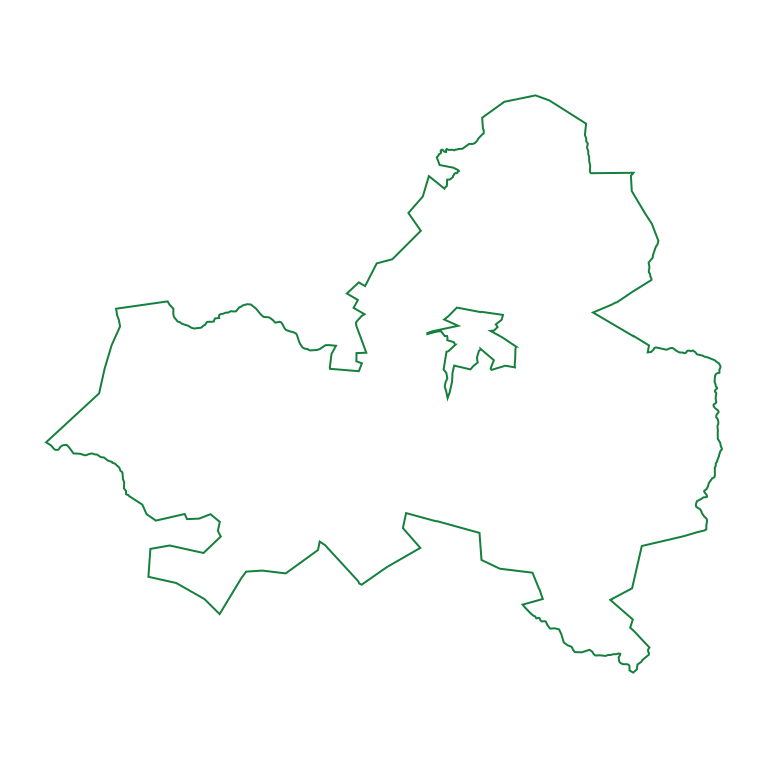 Marondera, Mashonaland East, Zimbabwe (orthographic projection)
{"feature_id": "62879985B19621940565976", "entity_name": "Marondera", "entity_type": "district", "adm_level": 2, "iso_a3": "ZWE", "parent_name": "Zimbabwe", "parent_adm1": "Mashonaland East", "projection": "orthographic", "projection_center": [31.543, -18.251], "detail": "fine", "context": "isolated", "style": "outline", "palette": "green", "viewbox_px": 768, "rotation_deg": 0, "n_neighbors": 0, "source": "geoboundaries", "source_scale": "gbopen_adm2", "svg_char_len": 6107}
<svg xmlns="http://www.w3.org/2000/svg" viewBox="0 0 768 768"><path d="M219.6,614.1L241.3,578.2L246.2,571.6L262.5,570.6L285.7,573.4L318.0,550.0L319.7,541.6L325.0,545.1L358.3,581.3L359.2,583.5L361.6,584.7L387.0,567.0L420.3,547.9L402.9,528.1L406.1,513.1L436.2,521.3L436.8,521.1L479.5,532.9L481.5,560.0L499.8,568.7L532.5,572.7L539.0,588.8L539.4,589.1L542.8,599.0L522.6,604.6L524.7,607.2L530.2,612.9L533.3,615.6L535.2,616.5L536.3,618.4L538.6,617.9L539.5,618.1L540.7,620.7L541.5,621.4L544.7,621.2L545.9,621.7L547.2,624.7L549.8,628.3L550.5,628.6L554.7,628.3L559.1,629.4L561.3,634.2L563.8,642.5L567.8,645.4L571.2,646.6L572.3,647.9L573.0,649.9L574.9,652.1L581.8,652.3L589.5,649.8L592.1,651.5L593.7,654.1L595.0,655.3L596.1,655.5L599.9,655.3L605.4,655.9L608.2,655.0L610.3,655.0L613.5,654.2L616.1,654.2L618.6,653.5L620.2,653.8L620.2,654.7L618.6,657.6L619.3,661.7L620.6,663.1L623.0,664.2L627.1,664.2L628.5,664.7L629.5,666.1L629.5,670.4L633.2,672.6L636.9,669.3L637.5,664.5L641.4,661.8L642.2,660.2L648.8,654.7L649.0,653.1L648.2,651.7L648.0,649.8L649.4,647.5L634.3,631.4L630.2,627.7L632.8,619.5L610.5,600.1L611.2,599.7L610.9,599.5L632.1,588.3L641.8,546.0L683.3,536.3L697.9,532.0L704.4,530.5L706.3,529.4L706.3,525.5L707.0,521.4L706.8,519.3L705.9,518.0L704.3,516.6L701.9,513.1L701.2,511.0L700.2,509.3L696.2,506.8L695.8,504.8L696.9,501.2L701.2,499.0L703.6,497.3L706.3,497.2L707.0,496.7L706.7,495.0L704.3,492.0L704.2,490.8L706.5,489.2L708.0,486.4L708.7,483.3L711.0,480.0L712.3,478.3L714.4,477.2L714.9,475.4L714.8,467.8L715.7,465.8L715.8,463.3L717.2,461.5L717.3,460.2L718.9,456.4L719.2,454.6L720.5,450.9L721.9,449.3L721.8,448.3L720.8,446.2L720.2,442.7L717.8,438.8L717.7,432.8L717.9,430.5L717.4,426.3L718.3,423.8L718.3,421.6L717.7,419.0L716.3,417.5L716.3,415.6L716.8,414.4L718.6,412.3L718.6,411.8L718.1,410.5L715.1,408.2L713.8,406.5L713.5,405.2L713.8,404.3L715.6,403.2L716.3,402.4L715.6,398.1L716.3,393.5L716.0,392.6L715.0,391.8L714.9,391.0L715.7,389.5L717.1,388.4L716.9,387.5L715.8,386.3L715.6,384.5L714.6,382.0L714.8,377.7L715.2,375.4L716.0,374.0L717.3,373.2L719.4,372.8L719.4,369.6L720.2,368.1L720.5,366.4L719.0,363.4L716.1,361.5L714.9,360.3L708.0,357.5L704.3,356.6L702.6,355.6L697.5,354.5L696.7,354.1L695.5,352.3L692.9,350.5L690.7,351.2L689.3,350.6L687.9,350.7L686.8,351.3L686.4,352.3L685.4,353.0L684.1,353.2L683.0,352.6L679.4,352.4L676.5,350.9L673.4,348.5L672.1,347.9L669.5,348.4L667.6,349.4L666.2,349.7L657.5,347.7L655.2,347.5L654.5,348.0L653.5,349.7L651.0,352.0L647.7,352.4L649.0,345.4L633.6,336.0L633.5,336.3L593.0,312.5L611.6,304.7L615.3,302.7L616.9,302.3L632.6,291.7L651.4,280.0L651.5,279.1L650.3,276.2L650.2,275.1L649.7,273.3L648.9,272.4L648.8,270.1L649.3,268.7L649.4,266.9L648.6,262.6L652.7,257.6L653.0,255.1L655.2,248.5L656.2,246.1L657.3,244.9L658.4,240.9L651.9,223.9L644.8,213.0L631.8,191.1L630.9,175.8L633.4,172.8L590.9,173.2L590.2,172.3L589.9,171.3L590.2,165.8L589.2,161.2L589.1,156.7L588.2,154.0L588.3,151.5L587.0,147.6L587.8,143.6L586.2,141.2L586.2,138.3L584.9,135.0L586.1,123.7L549.5,100.5L535.5,95.4L504.3,101.8L482.2,117.7L482.9,128.4L483.7,130.0L483.7,133.5L482.7,134.0L478.6,138.2L476.7,141.3L474.6,143.3L472.4,144.0L469.2,143.9L462.3,148.8L458.3,149.0L457.1,149.5L455.9,149.5L454.4,150.3L452.7,149.8L448.5,149.9L446.8,149.0L446.1,149.6L446.1,151.9L444.1,151.6L442.5,149.7L441.8,149.7L440.7,150.5L440.7,151.2L441.1,152.1L440.8,153.2L438.6,154.6L438.5,155.6L436.8,157.3L439.6,165.0L453.4,167.7L458.5,170.3L458.9,171.1L457.8,171.5L457.5,172.7L456.8,173.1L455.4,173.1L454.5,173.7L453.0,176.2L453.0,176.9L450.5,179.1L449.7,179.5L447.1,179.7L446.9,185.5L446.7,186.1L444.5,188.1L444.4,188.6L428.9,176.1L422.8,196.5L408.4,213.0L420.8,230.8L392.4,259.2L376.7,263.4L365.1,286.1L358.8,282.4L346.9,293.5L357.9,300.0L353.6,307.9L364.5,314.2L361.6,316.0L356.6,321.5L356.0,323.0L356.2,325.4L366.3,352.7L356.5,353.1L356.4,361.3L361.9,363.3L358.8,371.2L330.0,368.8L329.8,367.6L331.5,354.0L336.0,345.8L329.3,345.1L325.5,345.2L320.2,348.8L317.1,350.0L310.1,350.4L309.0,350.1L307.7,349.1L304.6,348.6L302.4,347.3L300.1,343.9L298.8,340.8L297.1,335.4L296.1,333.6L293.4,332.2L289.6,331.3L285.9,329.9L284.1,327.6L282.8,324.6L281.1,322.3L279.3,321.8L275.3,322.7L272.9,320.1L269.7,317.7L268.5,317.3L263.6,316.9L260.8,314.5L256.1,308.7L250.9,304.5L247.2,304.2L242.5,305.5L241.4,306.6L239.4,307.2L236.1,311.3L234.0,311.5L230.9,311.2L228.1,312.6L225.9,312.6L223.2,313.7L220.6,314.1L219.3,315.0L219.0,316.3L219.2,318.0L215.1,318.4L214.2,320.0L213.9,321.4L211.9,321.8L207.6,321.8L206.6,322.5L205.0,324.9L204.0,325.3L201.1,327.7L194.0,328.5L191.5,327.8L188.5,325.9L181.9,323.7L179.7,322.1L177.7,321.6L174.1,317.1L173.3,314.3L173.4,308.8L169.7,304.9L167.6,301.4L116.1,308.7L117.1,315.2L118.9,320.1L120.1,326.4L111.6,345.3L104.6,368.7L99.1,393.4L46.1,442.3L50.9,445.3L54.3,449.2L55.3,449.8L57.8,449.9L59.0,449.1L60.0,447.3L61.6,445.9L63.4,445.2L66.5,444.8L68.8,447.0L73.5,453.4L80.3,453.8L84.5,455.2L86.2,455.2L88.9,454.1L92.0,453.4L94.8,454.4L97.2,454.6L100.7,457.1L103.9,457.5L108.2,460.7L112.2,462.0L112.4,462.8L114.9,463.6L119.3,467.6L120.5,470.9L121.9,471.8L122.5,472.9L123.0,479.3L124.2,482.3L123.9,488.3L126.1,491.0L126.0,494.0L126.7,494.6L128.3,495.0L129.1,496.1L142.3,504.6L146.6,514.2L155.9,520.6L184.7,514.0L187.0,519.1L199.1,518.6L210.5,514.2L219.8,521.9L217.9,531.0L220.8,536.5L203.5,553.0L169.7,545.5L150.4,548.9L148.4,576.8L176.2,583.0L204.5,599.1L219.6,614.1ZM432.3,331.3L458.2,325.8L444.2,319.5L448.3,316.3L456.9,307.6L480.6,312.1L481.3,311.8L503.0,314.9L501.7,319.7L495.8,324.4L497.6,327.0L494.1,330.5L490.5,330.9L502.5,337.5L516.2,346.7L515.9,346.7L515.4,349.5L515.2,359.0L514.7,364.4L514.9,367.4L505.4,365.7L491.5,369.9L490.6,368.5L493.9,360.2L480.6,348.9L480.7,349.4L478.9,351.0L476.9,357.7L477.7,362.5L473.6,365.8L470.4,369.4L454.2,365.6L452.5,372.9L452.1,381.5L449.5,393.2L448.8,393.9L449.2,393.7L447.6,398.1L446.0,390.4L444.7,386.8L445.5,382.5L445.3,382.8L447.3,378.5L446.4,373.1L443.6,369.5L446.5,351.8L448.4,351.2L455.4,344.7L455.2,344.7L453.9,342.2L447.3,340.2L447.5,337.5L447.0,336.0L444.7,336.0L441.0,331.2L437.3,331.5L427.3,334.1L427.3,333.1L432.3,331.3Z" fill="none" stroke="#15803d" stroke-width="2"/></svg>